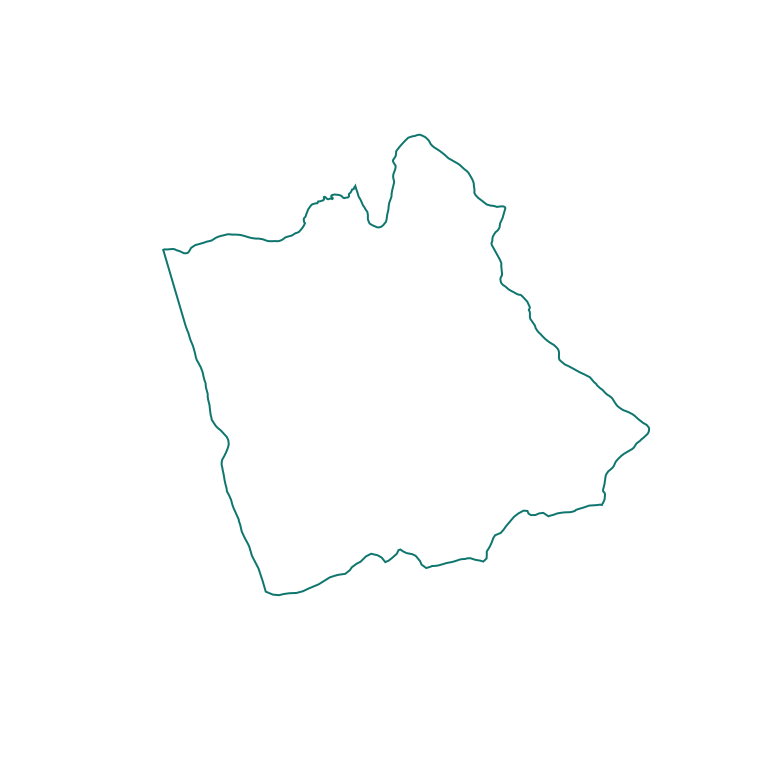 Long, Louang Namtha, Laos, rotated 117°
{"feature_id": "54806243B81400796532262", "entity_name": "Long", "entity_type": "district", "adm_level": 2, "iso_a3": "LAO", "parent_name": "Laos", "parent_adm1": "Louang Namtha", "projection": "mercator", "projection_center": [100.748, 20.99], "detail": "fine", "context": "isolated", "style": "outline", "palette": "teal", "viewbox_px": 768, "rotation_deg": 117, "n_neighbors": 0, "source": "geoboundaries", "source_scale": "gbopen_adm2", "svg_char_len": 6166}
<svg xmlns="http://www.w3.org/2000/svg" viewBox="0 0 768 768"><g transform="rotate(117 384 384)"><path d="M393.0,135.0L388.7,134.9L386.6,135.1L381.9,137.0L381.2,137.7L380.6,138.6L380.2,139.9L378.9,140.8L373.8,141.9L364.8,144.9L362.6,144.9L360.0,144.5L355.8,142.7L354.4,142.3L352.7,142.0L349.8,142.2L347.7,142.2L344.2,141.3L340.4,140.0L337.1,138.4L330.4,134.1L328.8,133.1L327.1,132.5L322.3,132.0L318.7,130.2L316.7,129.6L314.1,128.4L308.8,126.5L307.8,126.4L306.1,126.5L303.7,127.3L302.5,128.4L301.2,131.4L301.0,135.7L300.0,140.8L298.5,146.4L298.1,148.9L298.1,153.6L298.7,159.4L298.2,163.4L297.5,166.5L295.9,169.6L293.7,173.2L293.0,174.4L292.3,177.6L292.2,179.9L291.6,182.5L290.0,186.8L289.6,189.6L288.6,193.1L287.5,195.4L287.0,197.6L284.5,203.6L284.5,210.5L284.7,214.7L284.4,222.6L284.3,227.8L284.5,231.7L283.3,237.0L282.7,238.8L281.3,240.0L277.1,242.0L275.3,243.2L274.0,244.8L273.1,246.8L272.1,250.2L271.8,254.8L271.4,257.5L270.7,260.7L269.7,263.9L268.4,267.4L267.9,269.3L267.1,271.3L265.4,274.2L263.4,276.1L259.6,283.1L258.6,284.1L257.2,284.9L255.0,285.9L253.2,287.2L252.4,288.5L251.9,288.6L250.2,288.6L249.7,288.8L249.1,289.2L245.6,293.7L243.4,299.6L242.7,301.8L242.7,303.2L243.2,304.3L243.5,306.6L243.3,309.3L243.3,312.9L243.1,316.0L242.1,319.8L241.7,323.2L240.7,325.5L239.3,326.8L237.8,327.9L235.7,328.4L234.6,328.2L233.4,328.3L232.1,328.9L225.2,333.4L223.9,333.8L222.9,334.5L220.6,337.2L211.1,351.2L209.7,352.2L207.5,352.4L205.7,353.2L203.7,353.9L200.3,353.8L198.0,353.5L195.8,352.5L193.5,352.1L191.9,352.2L188.1,353.5L182.4,353.7L172.3,355.7L171.9,356.1L171.4,357.1L171.8,358.9L172.9,360.8L175.0,363.9L175.2,365.8L175.6,366.8L175.7,367.9L176.5,369.4L177.4,373.8L177.0,376.1L176.2,380.1L175.4,384.6L174.7,386.7L174.0,388.4L172.6,390.3L170.4,391.3L169.0,392.1L166.9,393.7L164.4,395.2L163.0,396.6L161.6,398.2L158.8,402.5L157.4,404.8L156.6,407.0L156.3,409.2L154.4,416.0L154.1,418.2L153.6,429.0L152.0,434.9L151.0,440.3L150.6,444.2L150.4,446.8L149.8,449.3L149.0,451.3L148.3,452.4L147.7,453.1L146.7,454.7L145.5,458.3L145.3,459.8L145.3,461.9L145.5,464.8L146.0,466.0L147.5,467.8L148.9,469.0L150.6,471.3L153.5,474.2L157.6,475.6L161.0,476.6L164.3,477.5L170.2,478.7L171.6,478.7L172.4,478.2L174.1,477.5L175.7,477.1L177.1,477.2L180.1,477.6L180.9,477.5L182.0,476.5L183.2,474.7L184.1,472.9L186.0,471.9L188.3,471.4L191.4,471.1L193.5,470.7L195.7,469.7L199.0,466.9L200.2,466.4L207.4,464.7L211.1,463.6L212.2,463.0L214.2,462.3L220.1,461.6L223.0,460.7L226.8,459.2L231.7,458.0L236.9,456.2L238.7,455.9L242.8,456.8L244.8,457.7L245.5,458.2L247.0,459.9L247.5,461.4L247.8,466.1L247.7,468.6L247.5,469.6L247.0,470.5L245.0,472.7L243.8,473.6L241.2,474.8L239.6,475.9L238.3,476.9L236.6,480.0L235.3,481.9L234.4,483.8L230.9,488.0L229.6,489.9L228.9,491.2L228.1,492.1L224.7,495.3L223.3,496.9L220.6,499.4L221.1,499.4L222.0,499.7L222.7,499.7L224.0,499.5L224.3,499.6L224.9,500.5L225.3,500.8L226.6,500.6L228.2,500.7L228.7,500.7L229.7,501.2L230.6,501.4L231.1,501.3L232.5,500.4L233.1,500.4L233.7,500.6L234.3,501.0L235.5,502.8L236.4,503.7L236.5,504.4L236.5,505.2L235.7,507.4L236.0,509.9L237.5,513.9L238.2,514.8L238.4,515.2L238.8,515.5L239.2,516.0L239.6,516.3L240.3,516.3L240.7,516.2L241.1,515.6L241.4,514.4L242.0,513.9L242.3,513.9L242.7,514.0L242.8,514.2L242.8,515.4L242.9,515.8L244.5,517.3L244.8,517.9L244.9,518.4L244.8,519.2L244.5,519.8L244.1,521.2L244.1,521.7L244.4,522.2L244.8,522.4L245.2,522.2L246.4,521.4L246.9,521.3L247.6,521.4L247.9,521.5L249.1,522.8L249.9,523.5L250.8,524.7L251.1,525.4L252.2,525.6L253.1,525.4L253.4,525.7L254.0,526.7L254.5,527.5L255.9,528.8L256.3,529.4L257.9,530.1L262.2,530.8L263.2,530.8L264.6,530.7L265.3,530.5L267.4,530.4L269.6,530.0L270.9,530.0L272.2,530.4L272.9,530.5L273.6,530.3L274.3,529.8L274.9,529.6L276.4,528.2L276.6,527.8L276.6,527.4L278.9,527.3L282.0,527.6L284.7,528.2L287.2,528.9L288.7,530.1L289.9,531.4L293.7,533.6L296.4,536.7L298.0,538.3L301.4,540.0L302.8,541.0L304.4,542.6L305.4,544.2L306.1,546.0L307.8,548.9L309.2,551.9L309.7,554.4L310.1,558.0L310.8,559.8L311.3,561.7L312.5,563.9L313.7,567.2L314.4,569.6L315.5,575.7L316.3,579.2L317.0,581.2L318.6,584.8L319.8,587.1L321.0,590.2L321.9,591.7L324.0,594.0L325.8,596.2L327.9,598.4L330.2,600.3L332.2,601.4L334.3,602.7L335.5,603.9L337.4,606.3L339.2,608.0L342.1,611.0L345.9,615.2L348.3,616.6L350.4,617.7L353.7,617.8L355.8,618.1L357.5,619.8L358.3,621.8L358.4,626.4L359.0,629.5L359.0,631.6L359.4,633.1L360.5,635.0L362.4,638.0L363.8,640.8L364.7,641.6L422.0,587.4L425.7,583.5L427.3,581.5L432.3,576.8L436.9,571.4L442.1,566.6L445.8,563.6L447.8,561.5L450.0,558.1L452.2,555.0L455.1,551.7L457.1,549.9L459.3,548.2L462.1,545.7L464.1,543.5L468.0,541.0L473.0,536.5L475.4,535.3L478.0,533.4L481.9,530.0L489.6,524.9L492.6,522.3L494.1,521.2L497.8,514.7L498.8,511.6L499.5,508.2L502.6,499.9L505.0,497.0L508.5,494.8L512.7,494.0L516.3,493.7L520.8,493.6L524.8,493.8L527.4,493.1L529.5,492.1L532.2,489.9L533.6,488.9L536.9,486.2L542.8,481.8L545.1,479.9L548.7,476.7L550.9,475.3L553.3,471.8L556.6,467.7L560.4,464.3L562.5,462.1L570.7,451.9L572.1,451.0L574.5,448.4L580.0,443.8L584.7,437.8L588.3,432.5L590.2,430.1L597.0,423.7L605.4,412.0L614.7,402.6L622.7,395.1L622.1,387.4L619.8,381.6L616.8,378.2L613.5,373.5L609.9,367.1L605.5,362.2L599.8,357.8L592.2,351.3L580.9,344.5L577.1,340.7L575.2,338.6L573.9,336.9L570.8,332.4L565.4,329.9L561.7,329.4L556.4,326.7L553.0,324.2L545.8,321.8L541.1,318.4L539.5,311.9L539.7,307.3L542.1,302.0L539.5,299.8L535.5,297.9L529.4,295.5L525.4,295.6L524.0,294.2L524.5,291.0L524.4,287.0L522.8,281.6L522.7,277.8L525.4,271.5L527.9,268.5L528.8,262.8L525.8,259.7L524.4,258.6L523.0,256.1L521.3,253.6L520.0,252.1L514.8,246.6L511.9,242.8L510.4,241.1L507.2,237.9L506.1,236.9L504.5,234.8L503.2,232.5L501.2,230.2L500.0,227.9L499.2,222.9L497.7,218.0L497.1,214.9L492.9,213.4L490.1,214.6L486.5,216.4L480.9,215.9L476.1,216.1L471.7,216.7L468.3,216.3L463.7,212.4L460.0,211.4L455.3,210.7L443.4,207.9L438.3,205.5L433.5,202.2L432.0,198.6L433.9,196.3L434.1,193.5L432.0,189.6L428.9,187.1L426.5,183.5L427.2,177.4L425.7,176.0L423.6,173.6L420.5,170.7L417.9,167.1L416.3,164.7L413.9,160.3L412.4,158.3L410.5,156.4L408.9,155.7L405.8,152.6L404.2,150.8L399.2,146.0L395.1,139.1L393.3,136.6L393.0,135.0Z" fill="none" stroke="#0f766e" stroke-width="2"/></g></svg>